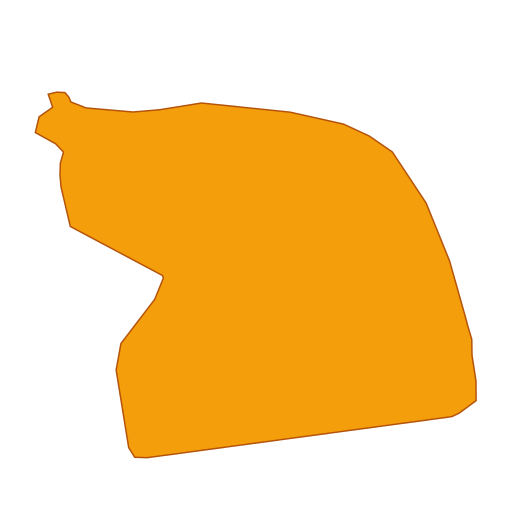 the border of Federal Capital Territory, rotated 263°
{"feature_id": "NGA-3470", "entity_name": "Federal Capital Territory", "entity_type": "State", "adm_level": 1, "iso_a3": "NGA", "parent_name": "Nigeria", "parent_adm1": "", "projection": "orthographic", "projection_center": [7.256, 8.878], "detail": "fine", "context": "isolated", "style": "filled", "palette": "amber", "viewbox_px": 512, "rotation_deg": 263, "n_neighbors": 0, "source": "natural_earth", "source_scale": "10m", "svg_char_len": 643}
<svg xmlns="http://www.w3.org/2000/svg" viewBox="0 0 512 512"><g transform="rotate(263 256 256)"><path d="M166.1,457.0L162.3,457.4L147.0,460.0L131.2,458.3L105.0,459.1L85.6,456.8L75.3,438.5L72.7,430.8L69.1,123.3L71.0,111.1L81.3,106.3L160.0,103.3L185.6,111.3L225.3,150.2L245.4,161.4L248.1,160.7L307.9,75.3L348.3,70.9L360.2,71.3L371.9,73.1L382.6,77.6L391.9,70.7L405.4,52.0L420.6,57.7L428.4,72.3L441.9,69.5L442.9,78.1L441.5,86.3L436.4,89.6L431.4,91.1L423.7,105.3L413.9,151.5L412.9,178.3L414.5,220.4L394.6,307.4L376.2,359.0L361.2,383.1L342.6,404.0L287.8,431.3L227.6,447.5L166.1,457.0Z" fill="#f59e0b" stroke="#b45309" stroke-width="1.5"/></g></svg>